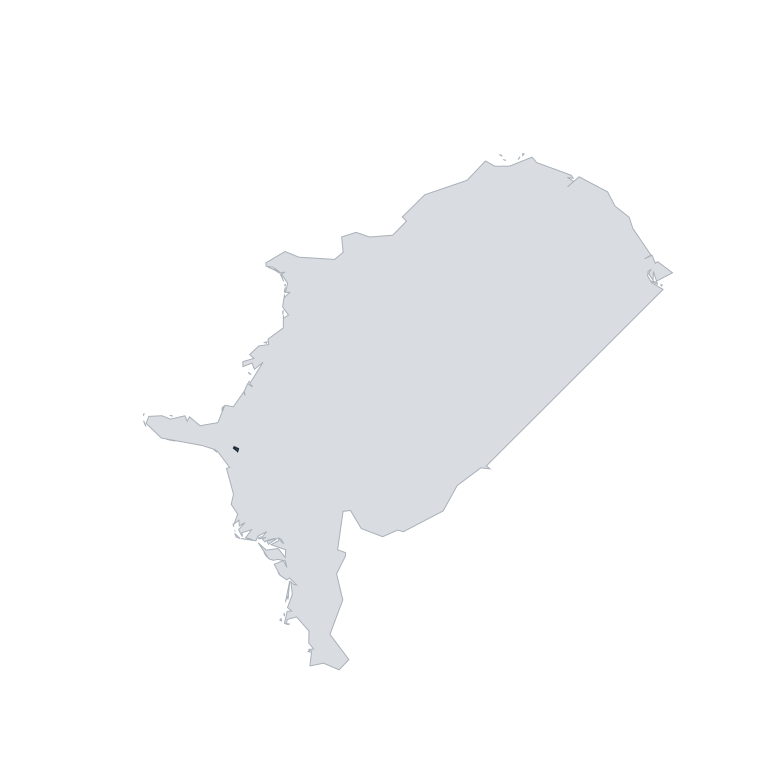 Montgomery, Georgia, United States of America shown in context, rotated 121°
{"feature_id": "52423323B10770912620871", "entity_name": "Montgomery", "entity_type": "district", "adm_level": 2, "iso_a3": "USA", "parent_name": "United States of America", "parent_adm1": "Georgia", "projection": "albers", "projection_center": [-82.582, 32.151], "detail": "fine", "context": "in_parent", "style": "filled", "palette": "slate", "viewbox_px": 768, "rotation_deg": 121, "n_neighbors": 0, "source": "geoboundaries", "source_scale": "gbopen_adm2", "svg_char_len": 4222}
<svg xmlns="http://www.w3.org/2000/svg" viewBox="0 0 768 768"><g transform="rotate(121 384 384)"><path d="M590.3,308.1L626.4,301.4L638.3,272.2L652.1,275.2L654.5,292.1L663.8,302.3L650.4,308.3L650.1,311.6L647.4,307.9L644.7,315.1L634.4,321.0L628.7,339.0L635.6,345.6L639.7,344.3L638.3,341.2L639.7,342.5L640.4,346.1L628.7,349.9L626.1,346.2L625.3,351.6L611.5,354.2L601.5,362.0L602.3,358.0L601.2,355.5L598.9,365.1L602.0,366.5L601.5,374.5L595.1,385.2L587.2,379.4L591.3,372.7L586.4,377.5L588.9,384.4L592.2,388.3L593.1,392.8L584.9,410.0L587.1,399.4L579.5,390.0L583.6,379.3L576.7,382.9L579.9,398.1L572.9,393.8L570.5,394.4L572.5,389.5L572.3,388.1L570.1,391.9L570.1,395.2L580.9,400.6L578.7,403.4L573.7,398.3L571.9,397.5L578.1,403.6L580.7,404.8L579.4,408.7L576.0,405.9L581.3,411.5L580.1,412.4L577.5,409.5L571.0,408.5L579.3,413.7L584.4,413.1L590.2,427.1L585.1,416.4L586.9,423.4L577.2,422.5L584.5,429.1L587.8,426.9L583.8,433.6L574.4,431.8L580.2,434.9L575.4,438.3L581.3,440.4L570.9,442.4L565.8,453.0L556.0,456.2L537.5,475.5L535.0,473.5L527.9,490.8L527.3,495.1L530.4,508.2L545.0,547.0L540.3,567.6L532.9,568.9L525.6,558.0L524.1,548.9L513.8,538.3L517.3,533.6L512.3,533.8L514.5,520.2L502.7,506.5L484.2,509.4L481.1,501.4L463.1,500.1L465.5,497.2L462.2,500.0L454.0,501.1L454.2,495.0L452.6,499.2L427.7,498.9L438.1,502.6L434.1,507.9L441.8,513.9L437.5,516.5L429.0,508.7L428.0,514.3L415.9,510.9L409.6,503.2L405.2,506.5L387.8,499.2L376.6,505.8L379.5,504.0L374.1,501.4L370.1,510.6L358.4,515.4L361.2,513.9L354.1,512.0L356.2,515.6L347.2,518.5L342.5,528.6L339.0,526.4L341.8,529.7L341.1,539.5L343.7,545.8L340.9,547.6L321.5,537.1L319.1,522.2L302.6,490.4L292.1,486.9L279.8,496.0L268.4,486.1L265.4,472.0L252.0,453.2L232.9,448.6L231.4,454.3L200.8,446.5L166.6,417.7L140.6,411.9L140.3,401.2L132.6,388.6L113.3,373.9L115.6,367.2L108.6,330.8L110.3,327.9L112.5,333.2L112.6,325.8L120.5,328.2L105.9,323.5L104.2,291.2L112.5,277.7L114.8,259.8L122.5,250.8L136.0,221.6L142.4,225.1L135.6,220.6L140.8,213.5L138.2,212.5L140.1,194.0L155.4,203.4L148.8,211.0L156.5,206.8L153.2,213.9L148.7,214.2L151.3,215.7L155.5,213.8L159.4,206.7L159.2,193.5L401.5,254.1L402.1,249.5L406.0,257.8L433.4,269.0L462.3,267.9L500.6,291.3L502.2,297.1L515.6,306.5L519.6,329.1L509.7,347.5L514.2,353.5L550.0,338.4L548.4,330.0L551.5,328.4L571.1,326.9L590.3,308.1ZM616.0,357.7L621.9,356.1L601.2,363.4L618.1,355.3L616.0,357.7ZM157.8,201.1L158.2,206.6L157.8,207.2L156.1,202.5L157.8,201.1ZM343.6,544.1L342.1,535.2L342.9,530.4L342.6,535.6L343.6,544.1ZM652.0,308.8L652.2,311.4L651.2,311.0L652.0,308.8ZM409.6,505.8L410.0,507.8L408.1,506.0L409.6,505.8ZM119.0,384.5L121.9,384.4L122.0,384.7L119.0,384.5ZM116.6,382.8L115.2,383.8L114.7,382.3L116.6,382.8ZM634.2,349.7L632.7,351.5L632.2,351.2L634.2,349.7ZM345.1,526.2L343.0,529.8L347.8,522.8L345.1,526.2ZM540.7,534.2L543.5,541.8L540.2,533.5L540.7,534.2ZM129.8,395.1L130.2,397.5L129.6,395.2L129.8,395.1ZM541.5,568.7L539.2,571.2L543.0,566.0L541.5,568.7ZM591.3,431.9L589.0,435.0L590.6,427.7L591.3,431.9ZM157.0,196.4L156.5,197.8L155.8,196.7L157.0,196.4ZM356.1,517.1L351.9,518.4L356.3,516.6L356.1,517.1ZM639.9,349.8L640.0,351.7L638.2,351.4L639.9,349.8ZM127.9,400.6L127.9,403.3L127.4,400.8L127.9,400.6ZM350.8,519.7L349.1,520.5L350.6,519.1L350.8,519.7ZM592.3,396.1L590.1,400.3L592.6,394.5L592.3,396.1ZM375.2,507.4L372.5,508.6L376.4,506.4L375.2,507.4ZM528.4,492.9L527.9,496.1L527.6,493.8L528.4,492.9ZM582.2,440.9L581.4,441.5L583.7,439.0L582.2,440.9ZM490.8,508.9L487.7,510.5L486.4,510.1L490.8,508.9ZM452.8,500.5L452.2,501.0L450.5,500.8L452.8,500.5ZM520.7,549.2L521.1,551.4L520.2,548.7L520.7,549.2ZM444.6,504.5L444.0,506.5L444.1,502.8L444.6,504.5ZM534.4,574.3L532.6,574.5L535.1,573.8L534.4,574.3ZM601.1,375.9L600.1,377.9L601.3,375.0L601.1,375.9ZM587.2,435.7L586.2,436.5L587.2,435.7Z" fill="#d9dde1" stroke="#a8b0b8" stroke-width="1"/><path d="M514.5,475.6L514.7,476.0L514.6,476.3L514.7,476.6L514.8,476.8L514.7,476.9L514.8,477.3L515.0,477.4L515.0,477.5L514.8,477.7L514.8,478.0L515.0,478.3L514.9,478.4L515.0,478.5L514.9,478.7L515.1,478.9L515.0,479.1L515.1,479.3L515.7,479.7L515.8,479.9L515.7,480.0L515.8,480.0L516.0,480.0L516.3,480.1L516.2,480.0L516.4,479.9L516.9,476.6L516.9,475.6L517.2,474.8L514.6,475.4L514.5,475.6Z" fill="#64748b" stroke="#1e293b" stroke-width="1.5"/></g></svg>